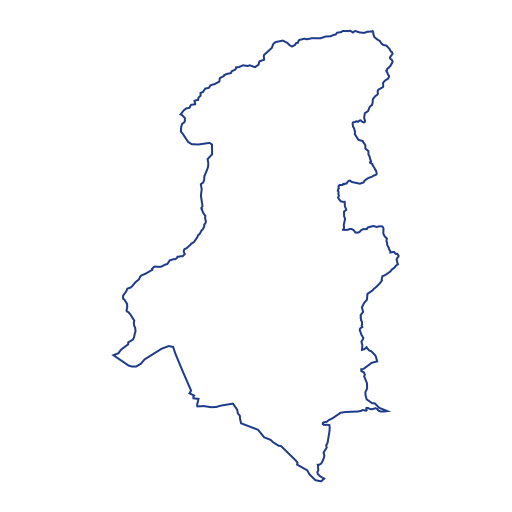 Savarsin, Arad, Romania
{"feature_id": "2599482B64767157577380", "entity_name": "Savarsin", "entity_type": "district", "adm_level": 2, "iso_a3": "ROU", "parent_name": "Romania", "parent_adm1": "Arad", "projection": "robinson", "projection_center": [22.304, 46.053], "detail": "fine", "context": "isolated", "style": "outline", "palette": "blue", "viewbox_px": 512, "rotation_deg": 0, "n_neighbors": 0, "source": "geoboundaries", "source_scale": "gbopen_adm2", "svg_char_len": 6015}
<svg xmlns="http://www.w3.org/2000/svg" viewBox="0 0 512 512"><path d="M387.3,411.1L379.2,407.8L374.8,403.4L372.1,403.2L366.7,399.4L365.5,395.2L365.4,392.1L367.1,388.6L367.0,383.3L364.2,376.4L364.8,374.7L364.0,372.4L361.4,371.2L361.2,369.3L362.4,369.3L363.9,368.6L371.8,362.8L377.2,361.4L375.9,356.7L375.1,355.2L371.2,351.2L369.3,350.5L367.2,348.3L366.6,347.2L364.3,349.2L362.0,349.9L362.4,345.3L361.4,341.7L363.1,339.0L363.3,337.9L361.5,334.9L359.8,330.2L359.8,329.2L360.6,328.0L362.3,327.0L361.7,325.6L362.1,324.6L362.0,321.9L361.0,320.0L361.1,319.3L360.6,317.7L360.9,317.2L360.6,315.2L363.1,311.9L361.9,307.3L364.0,303.1L366.9,299.8L367.5,293.8L372.6,290.4L373.9,288.8L376.2,287.0L379.7,283.5L382.0,280.4L381.7,279.3L382.4,276.2L385.2,275.1L390.2,271.6L391.9,269.5L394.4,267.7L395.8,265.8L398.0,264.2L397.4,263.1L396.6,259.6L397.3,257.9L398.4,256.8L398.6,255.8L397.3,253.8L395.7,253.9L394.0,251.9L390.3,252.5L390.4,251.6L390.1,250.6L389.2,249.6L388.7,247.6L387.2,245.1L387.1,242.6L386.5,241.4L386.5,240.2L386.9,238.5L384.6,236.3L383.3,233.5L383.5,228.5L382.9,227.2L382.1,226.4L379.3,226.3L376.7,227.0L373.5,226.0L369.0,227.1L367.6,227.6L366.8,229.1L363.1,229.1L360.9,230.4L359.6,231.9L358.0,232.6L355.4,232.5L353.5,230.0L351.8,229.1L350.2,228.9L347.3,229.9L342.3,229.9L343.5,229.3L343.8,228.7L344.0,227.6L343.8,224.8L345.1,218.8L344.1,216.2L344.0,211.6L346.2,209.9L346.2,209.3L344.9,206.4L344.7,201.8L343.2,201.9L340.9,201.4L338.9,199.1L338.1,197.6L338.9,195.7L338.3,193.7L338.6,192.6L338.3,191.2L337.8,190.8L338.4,188.9L338.8,188.4L338.4,186.4L339.5,185.0L342.3,185.0L342.7,184.9L343.2,183.9L344.4,184.2L345.1,183.6L346.5,183.6L347.8,181.6L349.4,180.6L350.0,180.6L351.8,182.0L359.9,183.7L363.6,182.4L364.3,181.0L366.2,179.4L368.6,177.9L371.6,176.9L374.0,175.4L375.5,175.1L376.5,174.3L376.7,173.2L375.9,170.4L375.0,169.4L374.9,168.8L372.7,165.3L372.4,164.0L370.1,162.8L370.0,162.3L371.1,161.4L370.0,158.7L369.6,156.5L368.5,154.7L368.4,151.1L365.4,148.6L365.4,146.2L365.0,144.5L363.5,142.7L362.7,141.0L358.4,139.8L354.8,134.1L355.0,131.6L354.0,128.2L353.0,126.5L352.6,123.2L353.2,122.3L355.2,121.9L356.0,121.4L356.9,121.3L357.4,121.8L358.4,121.6L359.0,120.9L360.2,120.3L360.8,120.4L361.8,121.5L363.1,122.2L364.4,122.3L364.9,121.8L365.0,120.8L364.1,117.9L364.8,113.3L368.1,111.0L369.5,107.3L370.8,105.8L371.9,105.2L372.6,102.8L372.8,99.6L373.2,98.7L375.4,96.0L377.2,94.8L377.9,93.7L377.6,91.3L378.3,89.7L382.8,87.2L383.2,86.6L383.1,82.9L383.3,82.5L384.9,80.6L387.8,78.9L388.5,78.0L389.1,76.4L389.0,75.9L387.8,74.1L387.2,72.2L386.5,71.7L386.3,70.5L387.0,70.1L387.3,68.7L388.9,67.7L389.2,67.0L390.5,66.0L390.9,64.7L391.9,63.4L392.6,61.5L392.3,60.5L390.1,58.4L389.9,57.5L392.6,53.7L392.0,52.2L390.8,51.4L389.7,49.2L387.1,46.3L386.4,45.6L383.1,44.9L381.3,43.3L379.8,41.0L377.0,39.3L374.4,37.1L373.4,34.2L373.1,32.0L372.6,31.1L371.9,31.5L367.5,31.7L364.1,32.9L359.4,32.4L355.6,31.1L354.7,31.2L352.9,32.5L350.3,30.7L348.6,31.1L342.8,31.0L341.1,32.1L337.1,32.7L335.6,34.6L333.8,34.8L330.5,36.3L325.7,36.5L320.4,38.3L312.0,38.2L306.8,39.3L304.3,38.7L299.2,40.0L298.4,41.0L298.1,42.6L296.1,43.1L294.9,45.0L292.3,46.4L291.7,46.4L289.5,45.1L287.5,43.0L282.9,40.6L275.8,42.0L274.0,43.2L273.0,44.5L271.9,47.8L264.0,55.0L263.8,56.4L264.1,59.7L259.6,61.3L259.1,62.1L258.6,64.6L255.0,67.2L249.8,65.3L247.8,66.0L243.0,65.3L238.7,67.2L236.1,67.3L235.9,68.6L235.1,69.7L231.8,71.2L230.9,73.1L226.1,74.1L225.3,74.8L224.3,75.0L223.8,76.1L220.2,77.9L219.7,78.6L219.4,81.2L219.0,81.8L214.5,84.1L210.5,85.3L209.0,87.8L205.2,88.6L203.0,92.0L200.5,92.9L200.6,95.7L198.6,97.5L198.1,99.9L195.8,100.3L194.4,101.0L195.2,103.7L195.1,104.3L191.2,104.8L190.7,105.3L189.7,107.5L189.2,107.9L186.3,108.4L183.7,110.4L180.6,114.4L181.9,114.9L184.9,118.1L184.9,120.5L184.4,122.3L182.2,123.8L181.2,126.6L180.9,131.6L182.6,133.6L188.1,141.9L191.7,144.2L198.3,144.5L209.5,142.9L212.0,144.5L212.1,154.3L207.6,159.1L208.3,163.1L208.1,166.7L207.0,170.0L204.4,176.1L204.1,180.2L203.1,182.6L200.8,184.2L201.7,189.3L200.9,195.7L202.5,206.2L201.3,208.0L201.6,209.1L202.1,209.2L202.0,210.1L203.4,213.2L205.3,215.9L205.1,218.1L205.9,221.3L205.3,223.5L204.3,224.4L204.2,226.5L203.6,227.8L202.6,229.6L201.7,230.2L199.6,234.0L198.2,235.1L197.2,237.4L194.1,241.8L193.1,242.7L191.2,243.6L190.8,244.4L186.6,248.2L184.5,249.1L183.8,250.6L183.8,252.0L184.8,254.0L182.6,256.3L180.8,256.2L179.0,256.7L177.5,256.7L176.9,258.0L175.3,259.2L173.9,259.1L169.7,260.4L167.4,264.0L165.2,264.6L161.4,266.6L159.9,266.9L155.0,266.6L154.1,266.8L152.1,268.7L152.4,269.7L145.4,273.8L141.6,275.3L140.1,276.8L138.9,279.4L135.3,282.4L132.1,286.2L130.7,287.5L127.3,288.7L126.2,291.4L123.1,295.6L123.0,298.0L123.3,298.9L124.4,299.6L127.1,303.9L127.2,307.3L126.5,310.6L126.9,311.4L128.4,312.2L130.3,314.3L134.3,320.7L133.8,323.0L134.2,325.8L135.2,327.8L135.5,331.6L134.9,333.1L134.0,337.5L132.9,339.6L128.2,342.4L128.2,344.3L121.9,349.0L120.2,350.7L118.5,353.2L113.4,355.2L128.7,365.6L131.8,366.5L136.2,366.5L140.8,363.8L144.6,359.4L161.7,348.7L168.6,346.1L173.1,346.9L175.4,353.7L182.9,371.8L191.1,390.6L189.5,393.3L194.1,395.5L193.4,396.5L193.4,398.3L198.5,398.9L197.1,404.9L197.4,406.4L203.9,406.1L211.1,407.2L216.2,407.0L220.5,405.7L232.9,403.6L237.2,409.7L237.8,413.3L239.9,415.9L240.0,418.5L241.1,423.3L258.1,429.8L264.1,437.3L270.7,439.9L272.9,442.1L278.5,445.7L281.1,446.1L295.9,460.6L297.5,462.7L297.1,464.6L307.2,470.3L309.6,474.5L315.3,480.1L318.3,480.8L321.1,481.3L324.2,478.6L320.0,476.2L317.9,474.1L317.3,472.2L318.2,470.6L318.3,468.9L317.9,467.5L318.2,466.0L317.8,464.8L319.0,464.8L321.0,463.7L322.3,461.8L323.7,458.3L324.4,455.8L323.6,452.5L326.7,447.6L326.2,445.4L327.6,442.7L329.5,431.1L329.7,427.6L329.4,425.1L327.8,424.8L323.7,424.9L322.7,423.9L323.0,422.7L324.1,422.2L326.5,421.9L328.8,420.1L332.8,418.1L340.5,412.8L345.4,412.0L358.0,411.5L361.0,410.9L362.8,410.0L366.1,410.7L366.7,410.2L366.3,408.8L366.5,407.9L368.0,408.0L370.2,409.1L372.7,409.1L375.3,408.2L377.1,408.9L378.5,410.7L380.6,411.5L384.0,411.5L387.3,411.1Z" fill="none" stroke="#1e3a8a" stroke-width="2"/></svg>